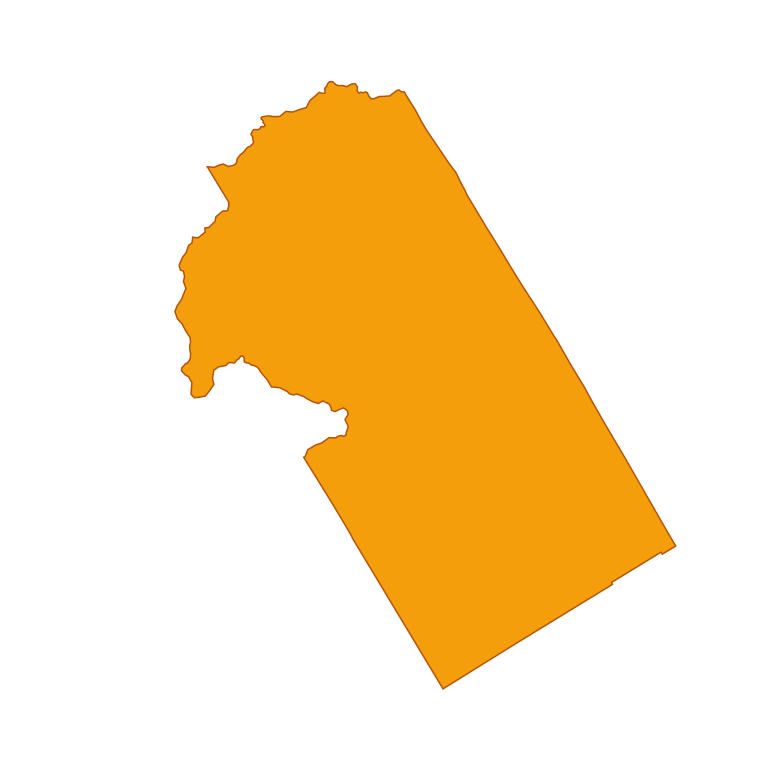 Siskiyou, California, United States of America (Equal Earth projection), rotated 59°
{"feature_id": "52423323B61595109476273", "entity_name": "Siskiyou", "entity_type": "district", "adm_level": 2, "iso_a3": "USA", "parent_name": "United States of America", "parent_adm1": "California", "projection": "equal_earth", "projection_center": [-123.119, 41.501], "detail": "fine", "context": "isolated", "style": "filled", "palette": "amber", "viewbox_px": 768, "rotation_deg": 59, "n_neighbors": 0, "source": "geoboundaries", "source_scale": "gbopen_adm2", "svg_char_len": 3200}
<svg xmlns="http://www.w3.org/2000/svg" viewBox="0 0 768 768"><g transform="rotate(59 384 384)"><path d="M405.4,490.6L457.8,489.9L495.5,490.0L501.1,490.5L675.7,490.4L674.4,407.7L673.4,291.3L671.3,291.3L670.8,233.2L673.2,233.0L673.1,217.4L654.5,217.2L639.0,216.9L614.9,216.4L611.4,216.3L607.3,216.2L606.5,216.2L571.1,215.5L531.9,215.2L505.9,214.6L492.2,214.0L491.9,214.0L490.9,213.9L490.7,213.9L465.2,214.0L457.9,213.9L435.3,213.3L430.2,213.6L403.9,213.7L369.7,214.9L349.8,215.1L327.5,215.1L308.1,215.4L303.5,215.6L291.3,215.5L264.8,215.5L259.6,214.8L255.0,214.7L239.1,213.4L236.8,213.8L227.3,214.7L217.4,215.2L187.6,216.8L178.9,216.7L165.3,216.0L148.9,216.3L148.1,216.3L144.1,216.2L143.6,216.9L142.2,218.8L139.7,219.7L138.9,222.3L139.5,225.0L139.6,227.5L140.0,230.8L138.5,233.7L136.9,236.9L135.3,239.5L134.6,243.0L134.3,245.8L132.6,248.3L129.4,248.7L125.7,248.3L124.1,249.3L123.6,251.7L122.0,253.7L121.8,255.5L118.9,256.1L117.2,254.6L115.8,253.9L113.4,253.8L112.0,254.0L110.8,255.8L110.2,257.3L110.1,259.4L109.9,262.9L106.9,265.6L104.8,269.4L102.9,271.0L98.4,272.3L96.8,275.0L97.6,277.7L99.0,279.2L100.1,282.5L102.6,283.8L104.1,284.6L103.4,286.9L100.6,289.4L101.8,295.2L102.8,301.4L107.0,308.2L105.1,315.8L103.9,322.1L99.8,327.8L101.0,335.4L97.8,341.2L95.9,343.1L94.3,345.8L93.3,348.1L92.3,350.7L92.4,352.2L94.0,352.8L94.8,352.3L96.5,352.0L97.5,353.0L99.7,352.6L101.4,353.0L101.5,353.6L101.4,355.1L100.8,355.3L100.2,357.2L101.0,358.5L101.3,360.6L100.0,362.6L98.8,364.7L99.7,366.9L101.5,369.5L103.9,369.3L104.9,369.3L105.2,369.8L106.3,370.2L108.3,371.0L108.9,370.8L110.1,371.9L110.7,373.4L110.7,374.2L111.1,375.1L111.3,375.9L111.4,376.7L111.1,377.3L110.9,378.7L111.4,380.9L112.5,383.7L112.9,385.5L113.6,389.4L115.4,394.0L118.1,396.1L119.1,398.8L118.7,401.9L117.2,405.5L112.6,408.5L111.6,412.0L110.7,418.2L108.4,421.3L107.6,422.2L106.8,423.6L147.9,423.4L151.4,425.3L154.9,428.9L152.7,433.1L154.0,441.8L157.6,445.2L159.6,453.6L158.0,457.1L161.8,459.2L162.9,468.2L159.6,472.4L164.1,475.8L164.7,480.3L169.4,485.8L171.7,491.6L173.2,493.6L176.6,498.4L181.4,499.8L184.1,497.8L189.5,499.8L192.8,503.1L200.0,504.5L203.5,509.2L207.1,513.8L210.5,521.2L214.2,525.9L221.8,527.5L228.5,526.1L236.3,526.6L244.6,526.3L248.8,528.5L251.1,530.9L254.3,532.6L258.6,534.3L261.8,536.4L263.6,538.7L264.7,541.9L264.4,543.9L265.4,546.8L266.1,549.3L268.4,550.7L269.5,550.5L273.9,549.6L277.1,547.8L283.9,548.0L289.8,552.2L293.5,554.7L298.1,553.6L300.1,549.3L302.3,543.4L299.9,536.8L296.7,530.0L291.2,528.3L284.6,522.9L284.1,517.0L286.7,509.9L285.7,506.1L286.9,504.1L289.0,501.3L287.8,498.3L287.5,495.0L286.5,493.0L286.9,491.0L288.0,490.6L290.0,490.5L291.6,491.7L293.4,492.3L295.2,490.9L296.4,489.1L299.3,488.0L301.4,485.8L304.3,483.9L306.9,483.5L310.9,483.5L320.2,481.9L328.5,482.0L333.6,475.2L340.5,470.8L343.9,470.0L346.9,467.0L347.6,463.9L353.5,459.2L357.1,457.5L362.9,454.0L366.9,450.3L367.0,445.1L373.1,441.3L376.6,441.5L379.5,442.5L382.5,440.0L382.8,435.3L383.6,431.0L388.0,429.2L391.6,430.4L394.3,435.7L402.0,436.5L406.3,441.5L408.2,442.9L407.9,445.7L406.2,447.1L405.1,450.3L405.3,453.0L401.7,458.8L402.4,468.0L401.1,473.8L401.0,483.1L405.7,489.2L405.4,490.6Z" fill="#f59e0b" stroke="#b45309" stroke-width="1.5"/></g></svg>